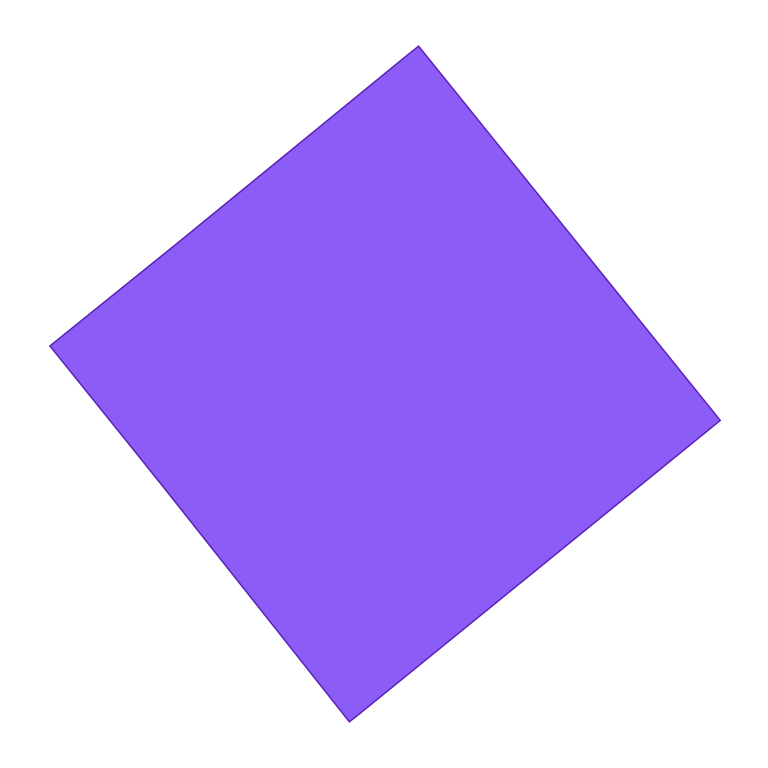 Rooks, Kansas, United States of America (Albers equal-area conic projection), rotated 321°
{"feature_id": "52423323B35530084961770", "entity_name": "Rooks", "entity_type": "district", "adm_level": 2, "iso_a3": "USA", "parent_name": "United States of America", "parent_adm1": "Kansas", "projection": "albers", "projection_center": [-99.363, 39.35], "detail": "fine", "context": "isolated", "style": "filled", "palette": "violet", "viewbox_px": 768, "rotation_deg": 321, "n_neighbors": 0, "source": "geoboundaries", "source_scale": "gbopen_adm2", "svg_char_len": 291}
<svg xmlns="http://www.w3.org/2000/svg" viewBox="0 0 768 768"><g transform="rotate(321 384 384)"><path d="M604.9,143.1L318.2,144.5L148.3,144.2L147.9,287.5L147.6,335.3L144.5,624.7L156.0,624.9L622.4,623.9L623.5,143.2L604.9,143.1Z" fill="#8b5cf6" stroke="#5b21b6" stroke-width="1.5"/></g></svg>